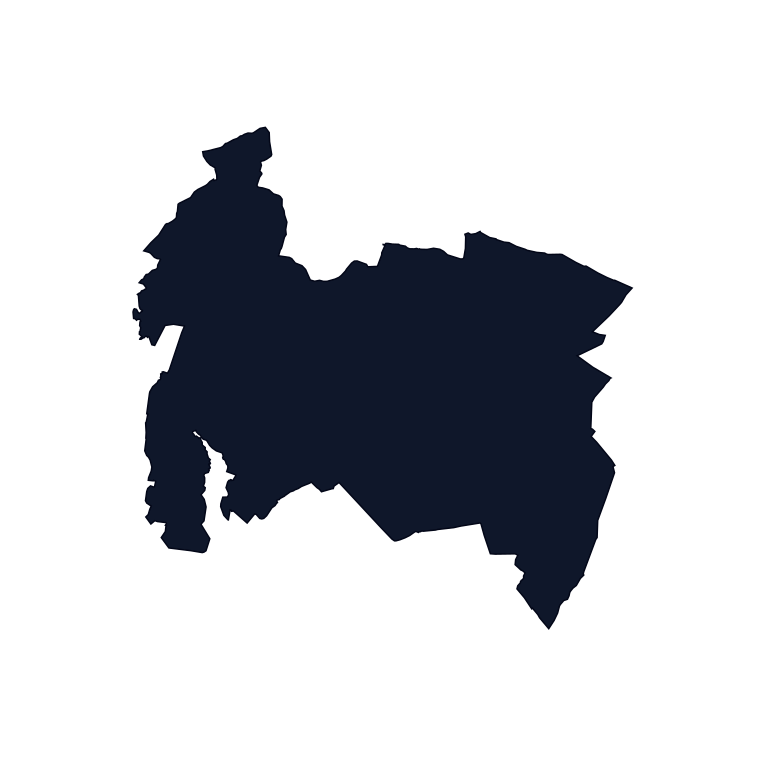 Voinesti, Iasi, Romania (Albers equal-area conic projection), rotated 75°
{"feature_id": "2599482B56486568055847", "entity_name": "Voinesti", "entity_type": "district", "adm_level": 2, "iso_a3": "ROU", "parent_name": "Romania", "parent_adm1": "Iasi", "projection": "albers", "projection_center": [27.415, 47.064], "detail": "fine", "context": "isolated", "style": "filled", "palette": "ink", "viewbox_px": 768, "rotation_deg": 75, "n_neighbors": 0, "source": "geoboundaries", "source_scale": "gbopen_adm2", "svg_char_len": 6170}
<svg xmlns="http://www.w3.org/2000/svg" viewBox="0 0 768 768"><g transform="rotate(75 384 384)"><path d="M105.4,432.2L105.0,437.6L107.5,444.9L107.7,446.5L106.4,450.4L106.7,454.3L107.5,456.8L107.3,458.6L108.8,462.1L109.1,466.3L110.8,473.1L110.7,474.9L112.9,478.3L113.4,480.7L113.2,494.0L112.7,499.0L117.1,499.4L123.1,497.5L127.5,495.1L131.5,491.1L133.1,491.6L138.8,491.5L142.9,492.4L143.5,493.6L143.5,495.5L142.1,495.6L143.4,499.7L145.4,502.9L146.2,505.1L147.9,513.4L149.5,517.5L153.9,522.6L156.4,534.9L157.1,536.4L163.9,538.9L165.5,540.1L169.1,541.3L170.2,542.2L172.0,546.3L173.2,550.9L172.9,552.1L173.3,553.7L181.9,563.1L187.3,572.8L193.2,581.6L196.1,576.8L197.3,575.6L202.2,573.0L204.2,570.6L205.0,568.3L205.9,567.7L210.6,571.8L212.9,572.6L213.8,573.5L214.2,574.7L214.3,578.4L216.9,583.1L216.7,585.4L218.6,587.8L220.2,588.9L220.6,591.2L222.8,594.3L225.2,590.5L229.7,588.7L230.4,589.3L230.8,591.1L231.3,591.9L231.2,593.7L231.6,594.5L233.2,595.9L233.3,596.3L232.8,596.7L233.6,599.0L234.9,598.3L245.4,600.3L248.0,600.2L249.6,599.3L250.4,598.3L251.2,598.7L251.3,599.6L252.5,602.0L251.6,602.8L247.8,603.8L246.7,605.7L247.5,606.7L249.5,607.8L255.9,608.9L256.5,607.6L258.4,606.5L257.8,605.5L258.3,603.0L260.4,602.7L260.8,603.6L264.3,604.9L266.7,604.4L269.9,606.0L270.5,606.9L271.3,606.8L272.4,607.5L275.6,605.5L276.8,607.8L277.6,608.3L277.9,607.2L277.1,604.4L277.2,603.6L276.2,602.3L276.5,600.8L277.7,600.4L277.2,599.3L277.5,598.8L286.0,598.1L287.4,595.5L270.8,580.3L271.8,571.9L276.4,561.7L282.1,566.1L314.8,587.7L317.5,590.4L315.1,593.9L315.0,595.1L316.6,595.5L316.3,596.4L316.5,597.1L319.0,597.6L319.6,598.3L320.6,598.1L321.8,598.9L322.0,600.9L324.1,602.7L326.8,608.2L330.9,612.2L332.2,612.9L351.4,620.9L351.9,619.9L359.0,623.4L359.8,624.3L369.3,626.3L374.8,628.1L375.7,628.0L386.6,632.4L391.6,631.7L393.8,630.4L397.0,629.6L404.1,629.7L407.9,631.4L413.5,635.6L416.0,636.6L417.8,632.0L417.3,631.6L418.9,629.7L423.9,632.3L424.0,633.0L422.0,635.9L423.7,639.2L426.4,641.0L435.0,644.6L437.6,644.0L441.7,640.4L444.3,642.6L449.1,645.5L450.8,648.5L458.9,645.4L456.7,640.7L458.2,638.5L461.5,630.3L462.7,630.3L463.9,631.8L464.8,630.9L465.4,631.6L469.9,633.4L474.7,638.9L486.7,634.2L495.0,613.7L499.8,603.2L499.8,601.4L499.0,599.1L488.4,592.3L472.4,597.0L471.7,596.5L469.6,593.3L456.7,587.7L448.9,587.5L443.6,589.4L440.4,584.7L437.9,583.5L435.9,584.9L432.6,582.7L428.3,581.5L425.3,581.7L424.0,580.2L423.9,576.6L422.0,575.1L420.8,575.4L420.4,573.9L419.6,573.5L416.2,574.1L416.0,573.9L416.3,572.9L415.7,572.2L413.3,572.7L412.1,571.4L410.0,572.8L405.7,573.0L403.7,572.4L401.3,573.8L399.1,573.1L395.9,575.3L393.2,574.7L390.8,575.4L388.6,575.1L388.3,575.8L388.4,577.2L387.5,577.3L385.7,578.8L385.8,579.9L385.6,580.3L383.4,580.7L381.9,581.7L380.4,581.1L380.0,577.8L381.4,577.7L384.4,576.1L385.6,574.9L390.4,573.0L392.3,570.2L393.2,569.7L398.1,568.3L401.3,566.5L405.2,563.3L408.4,558.5L409.1,558.1L412.5,557.9L412.9,558.8L413.9,558.9L415.2,558.6L415.4,557.7L418.0,557.0L420.1,557.0L422.4,556.0L424.8,556.6L427.9,558.6L433.5,550.6L434.3,551.0L437.3,554.2L437.9,554.3L437.8,556.0L437.1,556.2L436.7,556.9L437.5,558.0L437.0,558.2L437.0,558.8L438.3,560.4L443.3,563.4L448.3,562.5L450.7,562.7L452.5,564.4L452.6,564.9L451.6,569.0L457.5,572.6L460.2,573.5L469.4,572.7L474.8,569.9L475.0,569.5L465.7,565.2L466.4,564.3L467.5,564.2L467.7,562.3L482.9,552.2L476.1,542.6L476.8,541.2L481.7,538.8L482.7,537.0L482.7,534.9L480.9,531.5L474.6,524.4L473.2,520.7L471.2,518.4L471.0,517.6L469.0,517.9L468.4,517.0L468.5,515.0L467.7,514.2L466.5,509.0L465.7,508.0L465.8,507.5L463.9,502.6L463.7,498.9L463.2,497.8L462.8,494.0L461.6,490.2L460.5,481.2L459.8,479.7L466.7,475.6L469.1,473.6L471.9,472.3L471.7,461.4L471.9,460.1L469.7,458.7L467.5,452.9L521.9,424.1L535.8,416.5L538.2,414.5L538.6,413.0L538.6,409.0L538.0,403.5L537.0,398.5L534.6,392.0L535.2,390.5L536.3,389.2L535.9,388.4L536.1,386.9L535.7,385.4L536.3,384.4L538.4,372.0L538.4,369.8L540.8,353.7L541.1,346.5L543.1,327.1L544.2,326.5L556.0,326.4L575.5,325.2L577.1,320.6L582.0,301.2L584.0,299.0L587.7,302.3L592.4,304.1L599.1,299.9L600.2,298.5L602.9,296.6L605.6,298.9L607.5,299.3L608.9,300.9L609.1,302.0L610.1,303.2L611.3,303.7L613.5,307.0L616.3,308.6L626.8,303.7L639.4,299.5L638.9,298.6L646.5,295.1L650.1,294.2L663.0,288.2L656.4,280.9L650.2,275.6L643.9,272.0L642.7,270.8L639.7,266.5L639.4,262.5L636.5,260.1L633.4,258.5L632.0,257.0L630.0,254.2L628.4,250.4L622.6,244.6L620.3,240.5L618.7,240.6L616.7,239.4L589.0,219.7L587.5,217.9L571.1,212.9L551.9,199.4L529.4,184.3L523.0,184.2L522.4,182.1L516.4,184.0L495.2,193.7L488.3,197.5L484.4,192.6L481.5,194.4L480.6,195.8L455.4,188.0L451.1,183.9L443.7,172.9L441.3,170.1L438.9,165.9L437.1,164.2L436.9,163.2L421.7,178.1L406.7,190.2L401.6,163.3L399.7,161.3L394.3,157.7L392.0,163.1L387.5,169.2L376.4,148.9L368.2,135.7L366.7,133.5L360.5,127.2L355.5,119.5L343.5,134.3L343.3,135.3L338.8,141.1L332.1,148.7L322.4,158.3L322.1,160.4L316.2,167.2L305.0,178.5L304.3,180.3L301.4,192.0L300.6,193.4L299.1,194.9L296.4,202.4L291.9,211.1L290.4,212.8L285.3,220.6L279.8,226.7L278.0,231.4L273.6,238.0L272.8,238.2L269.9,244.0L262.7,251.4L261.5,251.7L262.5,256.5L262.0,261.4L259.9,263.6L260.3,267.1L263.0,267.0L274.2,270.3L282.9,274.3L283.6,275.7L282.9,278.0L275.7,289.3L271.3,292.1L268.3,295.2L265.7,301.0L265.2,307.5L263.3,313.9L262.6,314.8L262.6,315.9L261.5,317.4L261.3,319.8L260.1,324.1L258.6,326.2L256.4,327.7L253.9,332.9L252.9,333.6L251.1,339.6L249.2,343.8L248.7,345.8L249.6,346.7L249.0,348.7L249.4,348.7L250.2,347.0L256.7,352.2L258.8,352.9L268.7,359.9L266.6,369.3L263.9,370.0L258.2,378.1L257.6,380.9L258.8,384.0L263.4,390.5L264.9,392.0L268.1,397.1L269.3,399.8L270.0,404.0L270.1,412.3L269.2,415.9L267.2,419.4L266.8,424.4L264.5,428.3L253.1,430.1L248.5,432.6L244.2,438.4L239.0,440.7L237.2,442.7L232.9,452.7L227.5,449.4L226.6,448.2L224.7,446.9L216.5,442.2L214.3,439.8L209.4,439.0L202.5,435.9L195.1,436.3L190.7,435.7L185.8,436.5L179.1,434.6L176.1,435.7L174.6,437.0L171.7,441.6L166.7,444.8L163.2,450.4L161.4,454.6L159.2,455.4L152.1,450.7L149.6,447.7L148.8,447.5L146.0,448.8L141.0,445.8L137.6,445.8L137.0,444.9L137.1,442.2L136.4,439.0L134.6,434.1L133.3,433.1L120.3,431.8L111.4,429.8L105.4,432.2Z" fill="#0f172a" stroke="#020617" stroke-width="1.5"/></g></svg>